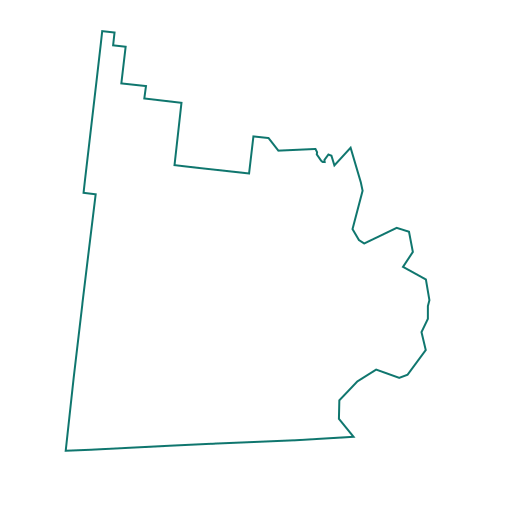 Crawford, Arkansas, United States of America (Mercator projection), rotated 275°
{"feature_id": "52423323B545411729976", "entity_name": "Crawford", "entity_type": "district", "adm_level": 2, "iso_a3": "USA", "parent_name": "United States of America", "parent_adm1": "Arkansas", "projection": "mercator", "projection_center": [-94.179, 35.559], "detail": "fine", "context": "isolated", "style": "outline", "palette": "teal", "viewbox_px": 512, "rotation_deg": 275, "n_neighbors": 0, "source": "geoboundaries", "source_scale": "gbopen_adm2", "svg_char_len": 956}
<svg xmlns="http://www.w3.org/2000/svg" viewBox="0 0 512 512"><g transform="rotate(275 256 256)"><path d="M417.1,81.9L316.4,79.0L303.9,78.7L303.5,90.9L242.0,88.8L194.0,87.2L192.2,87.2L119.4,85.0L45.4,83.4L48.7,109.2L49.1,111.9L59.6,187.5L64.8,225.9L65.3,230.4L65.6,231.8L66.1,235.8L70.8,272.2L75.7,309.8L75.7,310.2L84.4,368.9L101.0,352.8L119.5,351.6L139.9,367.9L153.3,385.6L147.1,409.3L150.9,417.3L177.1,433.3L194.6,427.5L208.4,432.7L221.1,431.6L227.1,432.6L247.4,427.3L258.0,403.4L273.7,411.9L293.5,406.3L296.3,393.7L277.9,362.7L280.8,357.2L291.2,349.8L330.3,356.5L338.5,354.0L372.1,340.8L353.1,326.2L362.5,322.4L363.4,319.3L357.7,315.8L355.6,316.2L355.5,314.1L356.7,312.5L362.5,307.7L364.7,307.8L367.8,305.9L362.9,269.1L374.6,258.2L374.9,243.0L337.6,241.9L338.7,192.0L339.4,166.9L402.1,168.4L403.2,131.0L415.7,131.6L416.2,106.8L453.1,107.9L453.4,95.3L466.3,95.6L466.6,83.2L453.6,82.9L417.1,81.9Z" fill="none" stroke="#0f766e" stroke-width="2"/></g></svg>